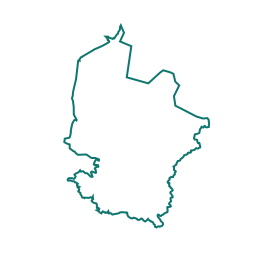 Leilek, Batken, Kyrgyzstan (Robinson projection), rotated 297°
{"feature_id": "92254566B28866404519709", "entity_name": "Leilek", "entity_type": "district", "adm_level": 2, "iso_a3": "KGZ", "parent_name": "Kyrgyzstan", "parent_adm1": "Batken", "projection": "robinson", "projection_center": [69.614, 39.878], "detail": "fine", "context": "isolated", "style": "outline", "palette": "teal", "viewbox_px": 256, "rotation_deg": 297, "n_neighbors": 0, "source": "geoboundaries", "source_scale": "gbopen_adm2", "svg_char_len": 5751}
<svg xmlns="http://www.w3.org/2000/svg" viewBox="0 0 256 256"><g transform="rotate(297 128 128)"><path d="M192.1,131.5L177.0,125.8L172.6,103.9L202.4,93.8L201.5,81.6L211.0,81.2L216.2,75.0L215.9,75.0L214.6,75.0L211.7,76.2L209.4,75.8L207.5,76.2L206.6,75.8L205.3,75.5L201.6,75.1L201.5,74.9L201.6,74.4L200.5,74.0L200.4,73.0L200.1,71.9L200.0,69.3L200.3,68.7L199.3,66.6L198.7,68.4L197.9,69.2L197.9,70.0L197.1,70.2L196.8,71.8L196.2,72.2L193.5,70.6L189.2,67.6L185.1,64.3L183.4,62.8L171.6,55.3L170.8,54.8L170.2,54.7L169.7,54.0L167.6,53.7L167.3,53.5L166.8,53.6L166.0,54.4L165.3,53.1L148.0,59.5L146.1,60.0L141.5,61.1L136.7,62.3L134.6,62.9L131.7,64.1L129.0,64.6L127.1,66.7L121.9,70.2L115.4,73.6L112.8,77.3L112.4,77.4L112.5,77.8L112.0,78.5L111.4,78.6L111.5,78.0L111.4,77.8L110.7,76.7L110.4,76.5L108.6,76.4L106.1,76.4L105.5,76.7L101.7,77.6L101.0,78.0L100.3,78.2L99.6,78.3L99.1,78.4L98.2,79.1L94.3,80.2L92.8,80.2L89.8,76.5L86.6,77.6L86.4,78.8L86.4,80.8L86.8,83.5L83.4,85.3L82.5,90.2L82.8,91.1L82.1,92.5L81.4,95.0L81.7,96.2L85.0,102.0L85.5,103.2L84.7,108.5L85.0,109.7L86.3,112.1L86.8,115.3L86.8,116.4L86.1,116.8L85.6,116.8L85.5,116.5L85.5,116.2L86.1,115.3L85.4,114.3L84.8,113.8L84.1,113.7L82.0,113.7L80.2,114.0L79.9,114.3L79.9,115.2L80.2,115.3L80.5,115.9L80.3,116.2L80.6,116.5L80.6,116.8L81.3,118.0L80.8,118.7L80.0,119.1L79.7,118.9L79.6,118.3L78.3,117.3L77.4,116.8L76.8,116.8L75.9,118.3L75.6,118.3L74.4,119.4L73.8,119.8L73.6,119.7L73.2,119.2L72.9,115.7L72.5,115.3L71.8,115.2L71.2,115.4L70.5,116.6L69.6,117.2L69.0,117.9L68.9,118.2L68.5,118.5L68.3,118.4L67.7,116.9L67.8,116.2L68.1,115.7L69.0,112.8L69.1,112.1L68.5,110.8L68.4,109.6L68.8,109.0L69.0,107.9L69.0,107.6L68.9,107.2L68.5,106.6L68.1,106.4L67.8,106.1L67.8,105.5L68.5,104.5L66.7,104.2L66.0,103.9L64.5,102.9L63.6,102.0L62.1,101.5L61.3,102.9L60.9,103.4L59.3,103.4L58.2,102.9L58.0,102.0L57.9,101.1L57.4,99.8L56.3,98.0L55.2,97.6L54.6,97.7L54.2,98.0L53.9,98.4L54.0,98.7L54.8,100.1L55.2,100.9L55.4,102.9L56.0,104.1L55.9,104.7L55.5,105.4L55.8,105.9L55.7,108.0L55.5,108.6L54.2,108.3L53.8,108.4L53.4,108.7L53.4,111.3L52.2,110.4L52.0,111.0L51.3,112.3L50.3,112.7L49.3,112.3L48.8,112.6L48.6,115.0L47.6,115.4L46.8,117.0L45.3,118.8L45.7,119.6L45.7,120.9L46.2,120.9L48.0,124.9L49.2,125.9L49.3,126.8L50.1,127.6L50.9,127.7L50.5,127.9L50.0,128.4L49.6,128.5L49.4,128.3L49.0,128.3L48.8,129.2L47.3,128.8L47.1,128.6L46.7,128.6L46.4,128.9L46.0,129.8L45.8,131.0L45.8,131.7L46.1,132.5L46.4,134.3L44.0,136.0L43.2,136.2L42.7,136.5L43.3,137.7L43.3,138.1L43.0,138.3L43.0,138.7L42.7,138.6L42.4,138.7L42.3,139.1L41.9,139.2L41.6,139.0L41.1,138.3L41.0,138.5L40.9,138.4L40.6,138.0L40.6,138.7L40.3,140.1L40.0,140.8L39.8,142.9L40.6,142.9L40.8,143.2L42.1,143.4L42.3,143.5L42.3,144.8L42.1,145.2L42.2,146.3L42.4,146.4L42.7,146.4L42.9,147.0L42.9,148.1L43.0,148.2L44.9,148.2L43.9,149.4L43.3,150.0L44.2,151.2L44.2,152.2L43.9,152.7L43.8,153.2L43.9,153.6L45.2,155.1L47.6,158.3L48.4,158.7L48.6,159.0L49.1,159.2L49.4,159.5L49.6,160.1L50.3,160.9L50.6,161.6L51.2,163.1L51.4,164.1L51.7,164.6L52.1,164.8L52.1,165.0L52.0,165.3L52.1,165.8L51.4,166.1L50.5,166.8L49.7,167.7L49.6,168.1L49.2,168.5L48.9,171.3L49.3,172.3L49.4,172.9L49.8,173.3L50.6,173.7L50.9,174.7L51.0,176.0L51.1,177.1L50.8,177.5L50.7,178.6L51.4,179.9L52.0,180.3L53.2,180.7L53.5,181.2L53.5,181.6L53.4,182.2L53.1,182.8L53.1,183.0L52.7,183.7L52.5,185.6L52.6,185.9L54.8,186.8L56.1,187.1L55.7,187.7L55.4,189.0L55.4,190.5L55.1,190.6L55.1,191.4L55.4,192.1L55.3,192.8L55.1,193.4L54.2,194.2L53.9,195.8L52.8,196.4L52.7,196.7L52.2,197.2L52.4,197.6L52.2,198.3L51.6,198.3L52.7,198.6L53.4,199.1L54.4,200.0L54.4,201.0L56.3,202.8L56.9,202.9L58.3,202.9L59.0,202.4L59.5,201.3L59.9,199.5L61.0,198.3L62.3,195.3L63.2,194.2L63.6,194.0L64.2,194.0L64.5,194.1L64.6,194.5L64.6,195.0L64.3,196.0L64.3,196.9L64.9,197.5L65.6,197.6L66.6,198.5L67.8,199.0L69.0,199.6L70.0,200.3L70.7,201.2L71.2,201.3L73.3,200.3L75.0,199.0L75.3,199.0L75.6,199.2L76.0,200.0L77.0,201.4L77.7,201.7L78.6,200.7L78.7,199.6L78.9,199.1L79.5,198.9L80.9,199.1L82.0,199.6L82.6,199.6L83.6,198.5L84.2,198.0L84.9,197.8L85.3,197.8L85.7,198.1L86.2,199.0L86.4,199.2L86.7,199.2L87.7,198.5L89.1,195.6L89.4,195.2L89.8,195.0L90.3,195.0L92.1,195.9L92.9,196.1L93.6,195.2L94.0,194.4L94.0,193.1L94.3,192.8L94.9,192.3L94.8,191.3L94.9,191.1L96.7,190.3L97.5,190.0L97.8,189.8L97.7,189.3L97.1,189.0L97.7,187.9L99.3,187.9L99.8,188.0L100.2,188.3L100.8,188.5L101.4,188.3L102.1,187.7L102.5,187.7L103.6,188.7L104.0,188.7L104.5,190.1L104.8,190.4L105.3,190.4L106.3,190.1L107.5,190.7L107.9,190.8L108.6,190.3L109.2,190.1L109.8,190.1L110.8,190.4L111.2,189.8L111.3,188.4L111.6,188.0L112.3,187.7L112.5,187.5L113.7,187.0L114.3,186.1L114.6,186.3L115.9,186.9L116.7,187.4L117.4,187.6L118.0,187.5L118.2,187.3L118.8,187.4L121.1,187.3L122.3,188.9L122.8,189.1L124.2,189.0L124.8,189.3L125.6,189.8L127.6,190.5L129.1,190.4L130.3,191.4L130.7,192.2L131.4,192.6L132.0,192.9L132.6,192.6L133.1,192.7L133.5,193.0L134.3,194.9L134.6,195.0L135.3,195.0L135.7,194.9L136.2,194.3L136.5,194.4L136.8,194.6L137.2,195.5L137.7,196.1L138.2,196.5L138.5,197.0L139.0,197.3L140.9,197.8L141.1,198.2L141.2,199.1L141.4,199.6L141.8,200.0L143.0,200.6L143.4,201.1L144.6,200.6L145.6,199.5L146.4,199.0L147.0,198.3L146.5,197.6L146.4,197.1L147.8,195.6L148.7,195.1L148.8,194.6L148.7,194.0L148.1,192.8L148.0,192.6L148.5,191.8L149.3,191.2L150.3,191.2L152.2,190.5L152.8,190.5L153.5,191.6L154.9,193.0L156.1,193.8L159.2,192.8L159.7,192.8L161.3,193.1L162.5,193.0L162.5,194.4L162.7,195.0L163.5,195.2L164.4,195.1L164.6,195.2L164.6,195.7L164.2,196.6L164.1,197.5L165.6,199.5L166.2,199.3L166.7,199.0L168.8,198.3L169.6,197.8L170.9,196.7L171.7,196.4L172.2,195.6L172.8,194.2L170.5,190.5L169.3,183.9L169.4,160.1L177.2,154.5L189.2,154.3L190.8,149.1L196.9,143.8L196.8,140.3L195.4,133.2L192.1,131.5Z" fill="none" stroke="#0f766e" stroke-width="2"/></g></svg>